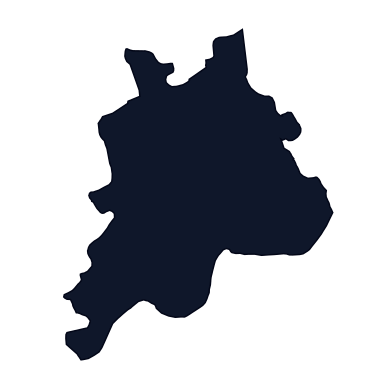 Shubra Khît, Al Buhayrah, Egypt, rotated 85°
{"feature_id": "37247803B97013363059523", "entity_name": "Shubra Khît", "entity_type": "district", "adm_level": 2, "iso_a3": "EGY", "parent_name": "Egypt", "parent_adm1": "Al Buhayrah", "projection": "mercator", "projection_center": [30.677, 31.003], "detail": "fine", "context": "isolated", "style": "filled", "palette": "ink", "viewbox_px": 384, "rotation_deg": 85, "n_neighbors": 0, "source": "geoboundaries", "source_scale": "gbopen_adm2", "svg_char_len": 5819}
<svg xmlns="http://www.w3.org/2000/svg" viewBox="0 0 384 384"><g transform="rotate(85 192 192)"><path d="M34.5,127.7L35.5,129.6L39.4,136.9L39.9,140.4L40.6,144.1L40.4,149.7L40.4,150.8L40.5,151.7L41.2,153.8L41.6,155.0L43.1,156.5L44.2,157.4L45.9,157.8L48.0,158.2L49.8,158.2L51.9,158.2L53.6,158.2L55.9,158.2L57.1,158.2L58.2,158.2L58.7,158.4L59.3,158.8L59.9,159.1L60.2,159.8L60.9,161.5L61.4,162.7L61.5,163.7L61.6,164.5L61.7,165.9L61.8,166.7L64.8,166.7L67.1,167.3L69.1,166.9L69.4,167.4L76.0,178.8L79.5,185.0L80.5,184.8L82.1,186.6L83.2,188.9L84.4,191.6L84.9,194.7L85.2,196.2L85.5,198.5L85.4,201.2L85.4,202.9L83.9,205.2L83.2,206.1L82.6,206.6L80.8,208.2L77.5,208.5L76.5,208.1L75.6,207.8L74.2,207.3L73.3,206.1L72.7,204.8L71.4,201.6L71.0,200.6L69.5,199.8L67.3,199.5L65.1,199.9L62.3,200.4L62.1,202.2L62.3,205.1L62.3,209.4L61.6,212.0L60.0,214.3L56.2,216.8L51.3,218.9L50.1,220.1L48.8,222.3L47.4,226.4L47.3,228.1L47.0,230.9L46.2,238.6L45.2,241.5L43.7,244.3L43.9,245.3L45.2,245.8L45.8,246.1L48.4,246.6L50.8,247.0L52.9,246.7L54.4,246.2L56.3,245.5L57.0,244.8L59.4,242.5L85.9,235.7L92.2,235.6L96.0,247.8L97.4,248.2L98.0,248.0L106.7,264.1L109.2,274.5L112.3,276.6L112.5,277.0L114.1,278.2L115.5,279.4L116.4,279.3L120.9,279.2L121.7,279.2L124.4,279.2L126.9,278.8L129.4,277.8L131.2,276.6L132.5,275.6L133.0,274.9L133.9,274.7L134.4,274.6L137.6,274.0L139.2,273.5L141.3,272.9L143.1,272.7L155.3,271.5L156.2,271.4L157.1,271.2L158.5,270.8L160.2,270.2L161.8,270.1L166.0,269.9L166.7,269.8L171.2,270.3L174.7,271.0L175.7,272.0L177.6,273.9L179.5,278.7L180.1,280.1L182.1,284.5L182.7,287.0L182.9,288.0L183.5,290.2L183.4,292.7L184.4,294.2L185.2,294.4L186.4,295.0L189.0,294.4L191.0,292.9L192.5,292.7L193.6,291.0L195.2,290.4L196.9,289.6L199.6,288.3L200.3,287.9L202.7,286.1L204.3,285.0L205.3,283.4L205.3,281.6L204.7,280.5L204.0,279.1L203.5,277.3L203.0,275.6L203.9,274.0L204.3,273.1L205.6,272.1L206.6,271.2L209.5,271.3L211.0,271.4L213.9,274.2L215.2,275.3L217.2,277.1L220.6,279.4L221.8,280.5L223.1,281.7L225.0,283.4L227.5,285.8L229.6,288.3L230.8,290.3L231.1,290.8L232.4,293.5L234.2,296.1L236.0,298.4L237.7,299.5L238.1,299.8L240.6,300.7L241.5,301.1L244.3,301.0L246.0,300.4L246.5,300.2L247.7,299.7L249.9,298.4L253.5,297.6L257.3,298.1L258.5,299.4L260.7,301.6L261.9,302.8L262.6,304.3L262.7,304.8L263.4,306.2L263.6,308.6L264.1,310.3L265.2,310.5L269.7,309.7L270.9,310.3L271.3,310.7L272.5,311.7L274.0,313.7L274.6,314.2L275.5,315.1L278.0,317.6L279.8,319.8L280.7,321.8L281.6,323.8L283.2,328.2L285.4,328.9L286.1,328.3L286.5,328.0L286.9,327.4L287.6,326.4L287.9,325.9L288.2,324.0L288.3,323.2L288.5,322.4L288.9,322.2L291.1,321.4L291.8,321.1L292.5,320.9L293.1,320.7L295.1,320.5L297.1,319.8L297.6,319.6L299.3,318.8L302.2,317.8L302.3,317.2L302.4,316.4L302.8,315.4L303.1,314.5L304.6,312.0L306.0,308.6L307.7,306.8L309.2,305.9L311.4,304.5L312.1,304.7L315.6,306.1L317.3,307.3L318.1,307.8L318.4,308.3L318.5,309.5L320.6,324.7L320.8,326.4L321.2,328.8L323.0,329.9L324.4,330.1L327.2,330.4L332.9,330.4L334.3,329.0L335.0,328.4L343.3,320.5L345.2,319.6L346.3,318.9L349.5,317.2L349.4,315.1L348.8,309.8L346.7,305.1L345.9,303.4L343.2,298.5L341.5,297.2L339.9,295.9L338.7,295.1L336.2,293.7L334.1,292.5L323.8,286.8L316.1,282.5L311.3,276.8L310.0,275.0L307.5,271.7L303.7,266.3L302.2,263.3L300.7,261.4L300.0,260.3L298.6,258.3L296.3,254.9L295.9,252.8L295.7,251.9L295.5,251.1L295.2,249.4L296.1,247.4L296.7,245.2L299.2,242.0L300.9,238.9L302.7,238.1L304.8,237.6L307.4,235.2L309.9,232.9L311.7,229.4L313.4,226.1L314.4,222.7L315.3,219.6L315.4,213.9L315.8,210.2L314.9,207.9L313.3,204.8L311.8,202.1L310.6,199.8L308.4,195.7L307.6,194.2L305.9,191.3L305.3,190.6L303.7,188.9L303.3,188.5L300.5,186.9L299.3,186.3L296.5,185.1L294.6,184.1L293.6,183.7L290.5,183.3L286.3,181.9L285.4,181.7L284.7,181.6L282.4,181.2L281.5,181.1L279.5,180.7L278.2,180.4L277.0,180.0L274.7,179.2L273.4,178.8L272.2,178.4L267.4,176.7L266.8,176.5L264.9,175.8L262.3,174.8L259.7,173.0L257.3,171.2L255.7,169.4L252.3,166.0L251.7,164.3L251.4,163.0L251.3,162.4L251.6,161.7L252.4,159.7L253.5,159.1L254.8,158.5L255.8,157.5L257.0,153.7L257.2,149.4L258.7,145.1L258.8,141.2L259.3,135.1L261.1,128.3L261.2,121.8L261.3,118.5L261.4,115.2L261.4,106.1L261.9,103.2L263.1,100.4L263.4,97.5L263.5,94.0L263.6,90.1L263.2,86.7L260.9,82.2L259.5,80.0L256.6,77.4L254.8,75.7L250.7,71.8L245.1,66.9L242.6,65.1L237.3,61.1L231.4,57.6L225.1,53.8L224.8,53.6L224.3,53.8L221.8,54.6L220.4,55.2L218.6,56.0L216.1,56.3L214.7,56.6L214.1,56.8L213.3,57.2L211.9,57.7L210.9,58.0L208.8,58.8L207.0,58.8L205.2,58.8L202.2,58.1L198.9,60.7L196.6,62.0L194.7,63.0L193.2,63.3L191.5,64.0L190.5,64.5L188.4,66.2L188.0,67.2L188.5,69.8L188.5,73.1L188.5,75.3L187.9,76.5L187.0,78.0L186.1,79.7L184.4,81.4L182.9,82.8L181.5,83.2L178.2,84.2L176.4,84.9L175.8,85.2L175.1,85.6L174.4,85.9L173.5,86.1L172.5,86.3L171.7,86.6L170.9,86.9L169.4,87.5L168.8,88.6L167.8,87.7L166.5,88.5L165.9,88.9L164.6,89.6L164.0,89.8L163.1,90.1L162.5,90.3L161.8,90.8L160.2,91.5L159.8,92.0L159.3,92.7L156.4,96.6L150.4,98.0L146.9,99.0L148.2,97.2L148.0,96.7L147.5,95.0L147.1,94.0L147.3,93.5L147.8,92.9L148.5,92.1L149.1,91.4L149.2,90.9L149.2,90.0L149.3,89.1L149.2,87.3L148.2,85.2L147.7,84.3L146.4,82.2L146.0,81.8L144.3,80.2L143.6,79.6L142.6,79.1L141.8,78.6L140.3,78.3L138.3,78.1L136.6,78.6L135.9,79.0L135.1,79.1L134.3,79.3L133.8,79.8L132.8,80.5L131.8,81.4L130.8,81.8L129.9,82.2L128.9,82.6L127.6,83.2L126.5,83.8L125.4,84.3L124.3,84.8L123.6,85.1L122.7,85.6L121.6,86.3L121.4,86.8L121.4,87.6L121.0,89.6L121.1,90.1L122.2,92.1L122.3,93.0L122.7,94.4L122.8,95.0L123.2,95.9L124.0,95.5L123.7,97.4L123.1,98.0L121.1,99.9L119.5,100.8L118.0,101.6L109.9,102.2L105.3,104.0L103.3,107.0L103.0,111.3L100.2,117.3L98.0,120.1L93.5,124.4L88.2,127.0L87.7,127.1L86.7,127.4L84.7,127.9L82.8,128.7L81.3,128.7L79.9,127.5L79.0,127.2L78.1,126.8L77.2,126.7L76.1,126.6L75.4,126.5L74.7,126.4L73.9,126.4L34.5,127.7Z" fill="#0f172a" stroke="#020617" stroke-width="1.5"/></g></svg>